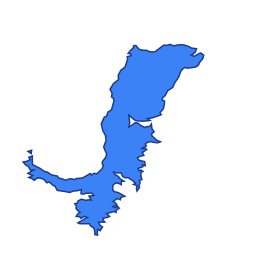 outline of Itati, Rio Grande do Sul, Brazil, rotated 225°
{"feature_id": "56859067B39388374799288", "entity_name": "Itati", "entity_type": "district", "adm_level": 2, "iso_a3": "BRA", "parent_name": "Brazil", "parent_adm1": "Rio Grande do Sul", "projection": "natural_earth1", "projection_center": [-50.175, -29.463], "detail": "fine", "context": "isolated", "style": "filled", "palette": "blue", "viewbox_px": 256, "rotation_deg": 225, "n_neighbors": 0, "source": "geoboundaries", "source_scale": "gbopen_adm2", "svg_char_len": 3285}
<svg xmlns="http://www.w3.org/2000/svg" viewBox="0 0 256 256"><g transform="rotate(225 128 128)"><path d="M80.1,64.9L82.4,66.2L86.7,65.7L85.5,70.8L82.7,71.8L83.9,74.0L82.0,77.5L84.9,76.7L89.4,75.4L91.8,73.7L94.8,73.1L98.3,77.1L97.9,80.4L95.6,82.2L92.7,83.2L95.0,85.4L93.3,87.5L98.3,86.4L100.4,87.0L104.6,85.8L106.9,86.6L104.2,88.3L101.0,91.4L97.4,90.0L94.7,90.9L92.8,93.0L87.3,94.1L83.7,94.3L84.2,92.0L80.9,93.7L79.3,91.2L77.1,89.8L77.8,94.1L79.8,95.5L80.8,97.9L82.8,98.8L81.7,101.4L85.0,103.3L87.6,105.9L86.7,107.8L89.1,107.5L89.9,105.5L92.3,106.5L90.1,111.2L91.7,112.3L89.1,113.5L92.5,116.0L95.9,113.8L97.7,113.0L100.4,113.5L99.4,116.6L97.4,119.8L100.6,120.9L99.5,125.9L101.6,125.8L104.1,122.5L102.3,128.2L104.3,128.8L104.4,130.9L102.7,134.1L98.8,136.7L96.4,138.7L95.3,141.2L99.1,139.6L105.4,139.4L107.2,140.3L106.8,143.8L110.7,144.5L114.3,147.4L113.8,144.2L115.6,142.4L116.5,140.3L120.6,138.8L124.7,138.4L126.7,136.9L127.1,132.9L128.1,129.3L130.4,132.9L133.8,135.5L136.5,137.7L133.3,137.9L128.7,138.4L126.5,139.6L122.3,143.3L117.7,148.9L120.9,148.3L117.6,153.1L115.1,158.3L113.9,160.9L116.1,161.3L116.6,166.6L119.2,170.7L121.3,172.9L123.6,172.0L125.0,173.8L124.6,177.0L126.3,182.4L125.1,188.3L126.9,193.0L128.0,199.0L128.8,201.1L130.9,205.8L131.1,208.5L130.6,211.0L128.2,212.5L123.9,218.0L122.9,220.2L122.8,222.7L123.8,225.2L124.1,229.8L126.0,233.1L129.8,232.4L131.9,225.4L135.0,224.2L134.2,226.4L134.1,229.4L135.6,232.5L139.7,229.4L143.2,228.3L146.8,226.5L149.0,224.8L151.7,221.6L153.9,218.3L157.4,216.9L158.5,214.4L161.3,211.9L162.8,200.9L165.9,197.7L168.3,196.6L170.0,196.0L171.3,194.5L174.5,192.1L176.2,191.5L178.8,191.7L180.8,191.9L182.2,190.2L180.9,188.1L181.1,184.5L180.6,180.8L178.5,182.4L177.0,181.2L179.0,177.9L177.0,176.4L174.9,172.6L173.2,168.6L173.9,163.8L172.2,158.4L168.9,155.5L169.7,149.4L168.6,144.7L168.0,142.6L163.8,141.4L161.7,138.3L159.3,138.7L157.1,137.3L153.5,130.9L152.5,128.9L153.5,125.1L151.6,121.4L152.4,118.7L149.8,112.0L143.9,108.3L138.9,106.9L134.9,104.0L131.8,97.4L127.9,95.7L125.3,95.0L123.4,92.5L122.8,90.0L122.3,86.1L120.7,84.3L118.9,84.0L117.5,80.9L117.6,73.6L120.0,71.9L120.6,68.9L122.6,69.1L123.1,66.6L124.9,60.4L128.7,55.8L129.6,53.4L132.0,52.2L133.7,50.1L135.3,46.9L139.0,45.3L141.6,43.5L143.9,44.1L146.0,42.7L148.8,40.9L151.1,40.2L153.5,40.0L156.5,38.1L161.4,37.3L169.8,34.6L175.9,40.6L177.4,37.2L174.8,36.3L175.9,33.1L178.1,29.8L173.9,29.5L171.2,30.4L167.3,29.2L165.0,31.6L166.7,25.1L161.7,27.1L163.1,22.9L160.0,24.4L157.3,24.7L156.6,29.0L152.9,31.5L150.3,32.2L146.7,31.8L145.6,34.2L141.0,34.4L138.3,35.2L134.0,33.8L128.1,38.2L123.5,41.3L122.3,44.5L119.9,47.3L117.4,51.3L114.7,48.3L112.7,49.8L111.6,52.1L109.1,54.8L107.8,56.3L104.4,56.2L107.4,52.2L102.8,51.1L105.0,49.4L106.7,47.0L110.7,44.6L111.7,41.0L110.7,39.0L112.1,36.8L109.5,36.4L107.6,34.2L104.8,34.1L102.1,34.5L102.8,31.7L102.1,28.9L99.2,31.2L97.3,30.8L96.3,34.8L93.5,36.0L96.4,25.5L94.3,26.3L87.8,32.9L84.5,32.3L82.5,33.1L80.1,32.6L75.9,29.2L73.8,30.8L76.1,32.5L77.8,35.1L75.1,35.6L76.0,40.0L79.0,39.4L82.2,40.5L77.9,45.1L80.4,45.3L81.9,46.4L79.5,50.0L78.4,52.4L82.6,52.4L78.9,59.0L76.7,59.9L78.2,61.4L77.5,65.1L80.1,64.9ZM80.1,64.9L80.9,62.3L83.1,61.7L82.6,63.8L80.1,64.9ZM180.4,44.1L182.2,40.7L178.4,41.5L180.4,44.1Z" fill="#3b82f6" stroke="#1e3a8a" stroke-width="1.5"/></g></svg>